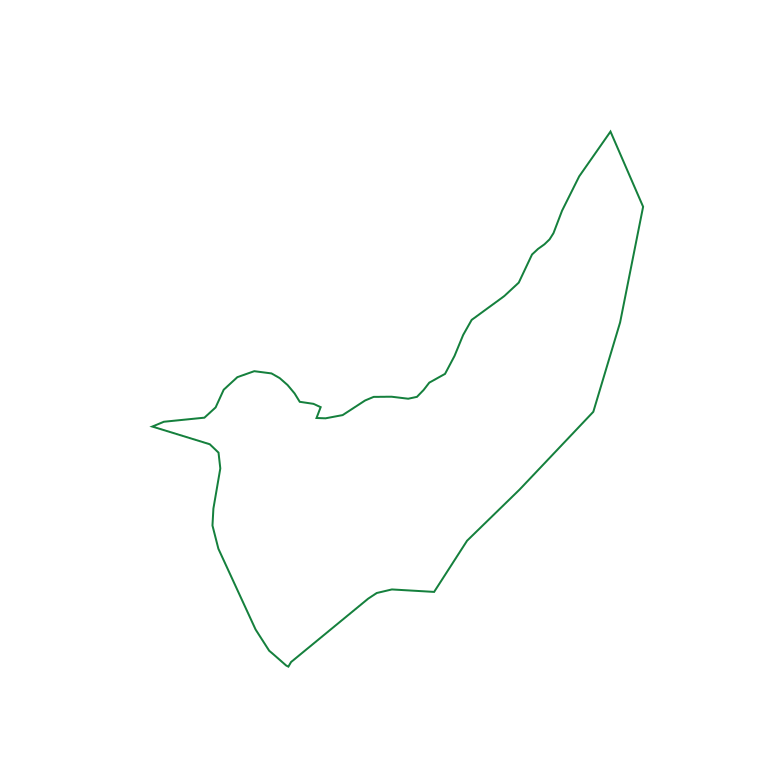 Moyo, Natural Earth projection, rotated 193°
{"feature_id": "UGA-3085", "entity_name": "Moyo", "entity_type": "District", "adm_level": 1, "iso_a3": "UGA", "parent_name": "Uganda", "parent_adm1": "", "projection": "natural_earth1", "projection_center": [31.745, 3.481], "detail": "fine", "context": "isolated", "style": "outline", "palette": "green", "viewbox_px": 768, "rotation_deg": 193, "n_neighbors": 0, "source": "natural_earth", "source_scale": "10m", "svg_char_len": 880}
<svg xmlns="http://www.w3.org/2000/svg" viewBox="0 0 768 768"><g transform="rotate(193 384 384)"><path d="M431.3,95.9L435.9,98.3L453.9,115.9L508.3,186.2L519.3,207.5L522.2,224.2L524.5,264.9L529.8,279.9L540.2,286.1L600.2,290.4L590.0,297.7L551.4,310.8L542.8,323.3L538.9,342.4L528.4,357.7L513.3,367.3L496.0,369.0L487.0,366.3L477.7,361.3L469.0,354.7L462.1,347.7L448.3,348.8L440.5,347.2L442.1,335.7L433.3,337.4L417.3,344.4L398.7,363.7L391.2,369.1L373.9,373.3L357.1,375.1L349.0,378.9L344.0,387.2L340.2,395.5L326.8,407.6L321.6,427.2L317.9,449.6L313.0,466.2L286.7,496.6L275.5,513.1L268.9,543.5L264.3,550.3L259.1,556.2L255.2,562.2L252.8,569.1L249.5,592.9L240.5,630.3L220.1,680.9L171.4,615.0L167.8,497.1L173.8,404.0L228.3,311.4L267.8,250.0L288.4,192.7L330.1,185.6L344.1,178.7L351.2,171.2L412.0,92.2L413.6,87.1L416.0,87.7L431.3,95.9Z" fill="none" stroke="#15803d" stroke-width="2"/></g></svg>